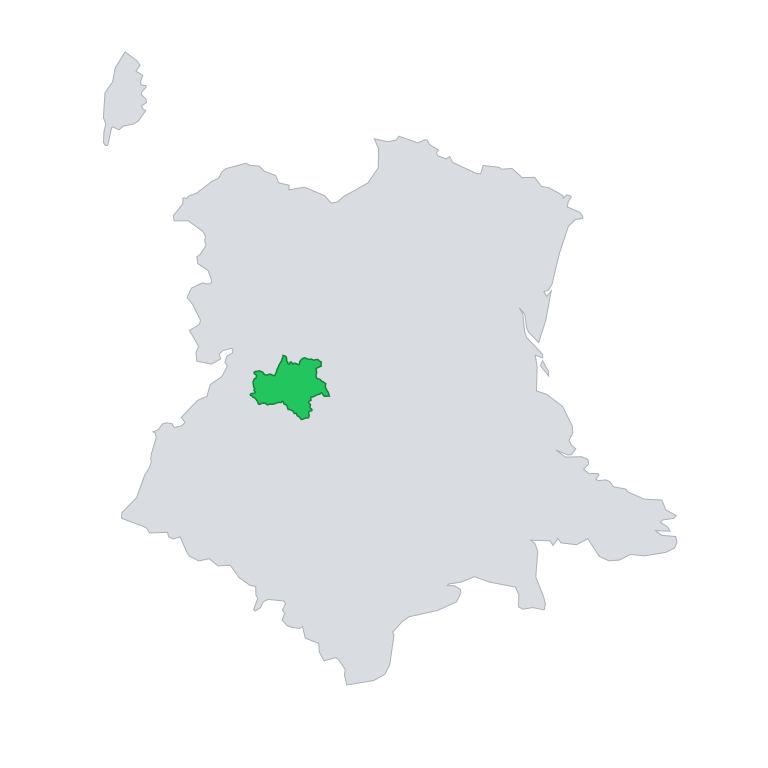 Saône-et-Loire highlighted on a map of France, rotated 186°
{"feature_id": "FRA-5339", "entity_name": "Saône-et-Loire", "entity_type": "Metropolitan department", "adm_level": 1, "iso_a3": "FRA", "parent_name": "France", "parent_adm1": "", "projection": "mercator", "projection_center": [4.488, 46.664], "detail": "fine", "context": "in_parent", "style": "filled", "palette": "green", "viewbox_px": 768, "rotation_deg": 186, "n_neighbors": 0, "source": "natural_earth", "source_scale": "10m", "svg_char_len": 7824}
<svg xmlns="http://www.w3.org/2000/svg" viewBox="0 0 768 768"><g transform="rotate(186 384 384)"><path d="M608.7,312.3L603.5,315.2L600.2,321.1L596.9,322.5L590.9,322.5L588.0,318.9L580.8,321.2L577.9,325.0L582.2,329.5L567.8,348.2L558.8,353.2L556.8,365.3L546.1,374.4L542.1,383.9L541.7,385.8L544.4,388.9L543.3,395.1L537.9,399.1L537.9,403.0L539.4,403.6L547.7,400.4L550.9,396.8L549.2,391.8L557.6,385.7L572.5,387.1L574.3,395.3L572.4,402.2L583.1,417.0L573.8,423.9L573.2,428.4L582.8,443.2L588.8,449.3L585.5,459.2L575.4,465.5L568.9,465.0L566.2,466.6L566.5,469.7L570.9,478.6L581.9,484.3L583.5,491.0L580.5,493.4L575.4,503.5L577.6,508.4L576.8,510.6L577.9,514.0L580.8,517.3L595.9,525.9L609.6,524.3L611.3,529.2L602.9,542.2L603.4,548.0L599.2,548.1L598.4,550.1L590.0,554.5L576.3,567.6L570.0,571.4L567.4,578.0L563.7,581.7L544.1,589.2L540.5,587.5L530.9,587.7L525.0,583.0L513.6,580.0L509.9,573.1L499.3,571.8L498.7,567.2L483.7,571.4L462.7,565.1L455.4,558.4L449.3,560.2L443.8,566.2L421.2,582.1L412.3,598.4L414.0,617.4L419.2,626.8L405.4,625.3L397.2,628.1L395.1,632.0L375.7,627.4L368.5,631.3L366.5,631.0L363.9,627.0L354.4,622.5L355.9,619.4L354.6,616.6L345.6,614.4L342.4,617.1L339.1,611.6L313.9,603.0L309.8,603.1L308.2,611.7L292.0,611.5L289.7,609.9L279.2,611.7L268.1,603.7L255.8,605.3L248.2,597.0L240.8,596.4L230.4,592.2L225.7,589.9L225.1,587.5L222.0,591.2L218.1,590.4L217.3,589.3L219.8,584.7L220.3,579.3L207.3,575.3L203.9,571.5L203.8,569.4L210.8,567.6L217.1,560.1L223.1,532.9L227.4,500.5L230.6,494.3L234.7,492.6L231.4,488.1L227.4,494.0L229.8,464.0L234.5,441.3L245.4,450.6L248.0,454.6L251.3,468.1L257.4,473.8L253.4,468.3L249.5,450.3L247.0,445.2L229.5,430.1L228.9,426.6L236.6,428.4L233.5,417.0L231.7,393.1L221.1,390.7L204.1,380.4L192.4,361.9L191.1,354.9L194.1,347.5L191.4,342.9L186.5,339.6L190.3,333.3L193.8,332.6L206.0,336.3L196.0,330.3L179.8,332.3L173.3,330.2L172.1,325.8L176.5,320.1L171.1,316.5L161.8,317.3L160.7,315.9L163.4,311.7L161.1,310.2L153.5,311.8L149.2,310.5L145.1,305.8L132.8,304.8L130.1,302.1L113.2,296.7L95.5,297.6L90.5,288.2L79.7,283.7L81.8,280.7L92.6,277.9L94.7,275.3L86.9,271.4L84.1,267.5L98.5,266.6L92.0,262.5L77.9,262.8L76.1,257.2L77.9,251.3L86.0,246.1L106.4,240.4L121.2,240.2L131.6,233.5L142.0,231.7L151.8,235.0L165.2,251.5L175.7,244.3L191.5,244.5L194.8,248.6L199.0,241.1L202.5,245.4L221.8,244.0L217.3,241.1L213.6,234.0L212.9,208.0L203.0,189.0L200.5,182.0L201.1,176.1L212.7,177.2L222.2,174.6L226.8,176.4L228.0,188.7L232.0,195.8L258.6,198.0L274.0,201.8L286.9,194.9L298.9,191.8L299.9,190.1L292.9,190.8L286.6,187.8L285.7,184.5L289.0,174.9L307.5,164.2L334.6,155.2L341.5,149.1L349.5,138.1L347.8,135.3L349.0,105.2L352.9,95.3L363.3,88.0L389.6,80.8L392.9,90.5L392.7,95.9L399.7,104.4L403.2,107.0L414.7,102.4L420.2,110.4L421.8,119.3L435.7,122.9L439.7,134.5L442.3,132.0L450.9,132.5L455.0,133.5L460.6,138.5L458.9,145.4L461.4,148.7L459.0,155.0L460.7,157.7L476.5,157.7L481.3,154.9L483.5,148.5L488.3,144.8L490.1,145.9L487.1,157.7L489.3,160.8L490.4,169.2L496.4,169.8L508.1,176.5L517.9,187.6L530.1,185.8L539.6,192.0L549.6,188.7L558.9,192.1L562.1,195.3L570.8,210.7L577.5,207.7L582.2,209.5L583.7,213.9L601.6,211.3L604.8,215.6L608.5,217.2L631.0,223.0L631.2,228.7L618.2,245.1L612.5,268.2L608.7,276.1L607.3,282.1L608.3,286.1L607.7,292.3L604.9,307.1L606.5,311.4L608.7,312.3ZM688.9,604.9L687.8,613.5L690.9,619.7L691.9,644.3L685.5,656.1L684.3,670.4L676.2,687.2L663.7,679.7L659.9,675.6L663.3,669.1L656.1,665.6L657.8,659.3L657.0,656.1L651.9,655.8L651.7,654.2L655.4,649.3L655.4,646.3L650.5,642.5L649.6,639.1L654.3,635.3L652.1,631.9L649.5,631.0L655.9,619.8L660.2,616.4L670.1,613.3L674.1,609.1L680.6,611.4L681.7,610.3L683.8,592.4L686.1,592.2L688.1,594.6L688.9,604.9ZM230.3,418.4L228.8,423.8L222.1,414.4L221.2,409.3L230.3,418.4Z" fill="#d9dde1" stroke="#a8b0b8" stroke-width="1"/><path d="M444.9,368.7L445.8,368.3L446.9,367.2L449.5,366.3L453.0,363.9L453.8,363.6L454.9,363.5L455.1,363.4L455.3,363.1L455.4,362.6L455.4,361.4L454.8,360.5L454.8,360.3L455.2,359.8L456.6,359.2L457.1,358.4L456.9,357.4L456.2,356.7L455.4,356.3L455.0,355.7L455.1,353.6L455.1,352.6L454.6,351.9L453.5,351.6L453.1,351.3L452.9,350.6L453.1,349.8L453.7,349.6L454.8,349.4L455.2,349.2L455.6,348.8L455.8,348.3L455.9,347.7L455.8,347.0L455.2,345.2L455.1,344.5L455.2,343.9L455.5,342.7L455.8,342.4L458.6,342.0L461.1,340.4L462.1,340.1L462.9,340.3L464.7,342.4L465.5,342.8L466.3,343.0L467.0,343.4L467.6,344.4L467.9,345.3L468.2,345.8L468.7,345.8L469.3,345.5L470.0,345.3L470.5,345.7L471.4,347.1L472.1,347.8L474.9,348.7L475.4,348.8L476.3,348.6L476.6,348.6L476.9,348.9L478.1,352.1L478.9,352.9L481.3,353.6L481.8,354.6L482.0,355.6L482.2,355.9L482.7,356.1L483.2,356.0L483.6,355.7L484.4,354.9L484.6,354.8L486.9,354.7L492.1,352.3L495.7,351.9L497.8,351.1L498.2,351.1L498.6,351.3L499.2,352.2L499.5,352.4L503.2,352.2L505.1,351.0L506.0,350.7L506.9,351.1L507.9,353.4L510.3,356.0L511.2,356.7L512.0,357.0L512.5,357.1L513.1,357.3L513.6,357.6L514.0,358.1L514.3,358.4L515.2,358.7L515.8,359.0L515.9,359.3L515.7,359.7L515.5,360.1L515.3,360.5L514.9,360.7L512.3,361.1L511.8,361.2L511.4,361.5L511.2,361.9L511.2,362.4L511.4,362.8L511.7,363.2L512.2,363.5L512.6,363.9L512.7,364.3L512.7,364.7L512.2,365.5L512.1,366.0L512.3,366.4L513.1,367.1L513.4,367.8L514.2,371.2L514.4,372.3L514.3,373.1L514.1,373.5L513.9,373.9L513.8,374.3L513.8,374.9L513.6,375.3L513.4,375.6L513.0,375.9L512.3,376.2L512.0,376.5L511.8,377.0L511.7,377.6L511.7,378.4L511.8,379.0L512.0,379.5L512.4,379.9L513.6,380.5L514.0,380.8L514.4,381.4L514.4,381.9L514.2,382.3L513.9,382.7L513.5,382.9L510.4,383.6L509.5,384.1L506.5,383.3L505.3,382.6L504.6,381.6L503.8,381.0L503.3,380.7L502.8,380.6L501.5,380.7L498.9,381.8L497.9,381.9L497.2,381.7L495.6,381.0L495.0,380.8L494.4,380.7L493.8,380.9L493.6,381.0L493.4,381.2L493.4,381.3L493.3,381.9L493.3,382.1L493.0,382.8L492.9,383.0L492.5,384.1L492.4,384.4L492.3,384.6L492.0,386.8L491.9,387.3L491.8,387.8L491.2,389.1L490.9,389.6L490.8,389.8L490.7,390.1L490.7,390.3L490.7,390.8L490.7,391.0L490.6,391.4L488.3,396.4L488.2,396.9L487.6,399.8L487.3,400.5L487.3,400.8L487.3,401.1L487.3,401.3L487.4,401.8L484.9,401.4L484.1,400.7L483.8,399.8L483.4,398.9L483.3,398.5L483.5,397.6L483.4,397.1L483.1,396.7L482.2,396.2L482.1,395.9L482.1,395.5L482.1,395.0L482.0,394.5L481.7,394.3L480.5,393.8L480.1,394.0L479.9,394.3L479.8,394.7L479.8,395.1L479.7,395.5L479.5,395.8L479.2,396.1L478.5,396.1L478.1,395.9L477.7,395.5L477.4,395.0L476.9,394.5L476.6,394.5L476.2,394.7L475.9,395.0L475.4,395.3L474.6,395.3L472.9,394.9L471.3,394.2L470.9,394.2L470.7,394.4L470.5,394.8L470.4,395.1L470.2,396.6L469.8,398.0L469.6,398.5L468.3,400.2L467.2,401.1L466.5,401.5L466.0,401.6L465.5,401.7L465.1,401.7L464.7,401.6L463.4,401.1L461.3,400.6L460.8,400.7L459.7,401.1L459.2,401.2L458.8,401.1L457.1,400.6L456.3,400.4L455.8,400.5L453.4,401.4L452.7,401.5L452.2,401.4L451.9,401.1L450.8,400.2L450.3,399.9L449.3,399.7L449.0,399.5L448.7,399.2L448.6,398.8L448.6,398.4L448.7,396.9L448.7,396.7L448.6,396.1L448.2,395.3L452.2,393.0L452.6,392.6L453.1,392.1L453.2,391.8L453.1,391.6L453.0,391.3L452.9,391.2L452.7,390.9L452.6,390.7L452.5,390.3L452.5,390.0L452.5,389.7L452.6,389.4L452.5,389.1L452.4,389.0L452.3,388.8L452.2,388.6L452.2,388.3L452.2,387.9L452.6,386.2L452.6,385.9L452.6,385.6L452.5,385.3L452.4,385.1L452.3,384.8L452.3,384.5L452.2,384.1L452.2,383.6L452.1,383.4L452.0,383.2L451.9,383.1L451.3,382.9L450.8,382.5L450.4,382.3L449.1,382.1L447.9,381.8L447.7,381.6L447.4,381.2L446.6,380.7L446.2,380.1L446.0,379.9L445.8,379.9L445.6,379.9L444.9,379.9L444.7,379.9L444.6,379.7L444.4,379.6L444.1,379.4L443.7,379.2L443.1,378.8L443.0,378.7L442.3,378.5L441.9,378.2L441.9,377.8L442.1,377.3L442.1,377.1L442.1,375.5L442.0,374.4L441.9,374.1L441.7,373.9L441.2,373.6L440.5,372.6L440.3,371.8L440.1,371.5L439.9,371.3L439.7,371.2L439.0,370.4L438.9,370.3L438.4,369.7L438.3,369.4L438.1,368.7L438.0,368.3L437.0,366.3L441.9,365.5L443.0,366.3L444.9,368.7Z" fill="#22c55e" stroke="#15803d" stroke-width="1.5"/></g></svg>